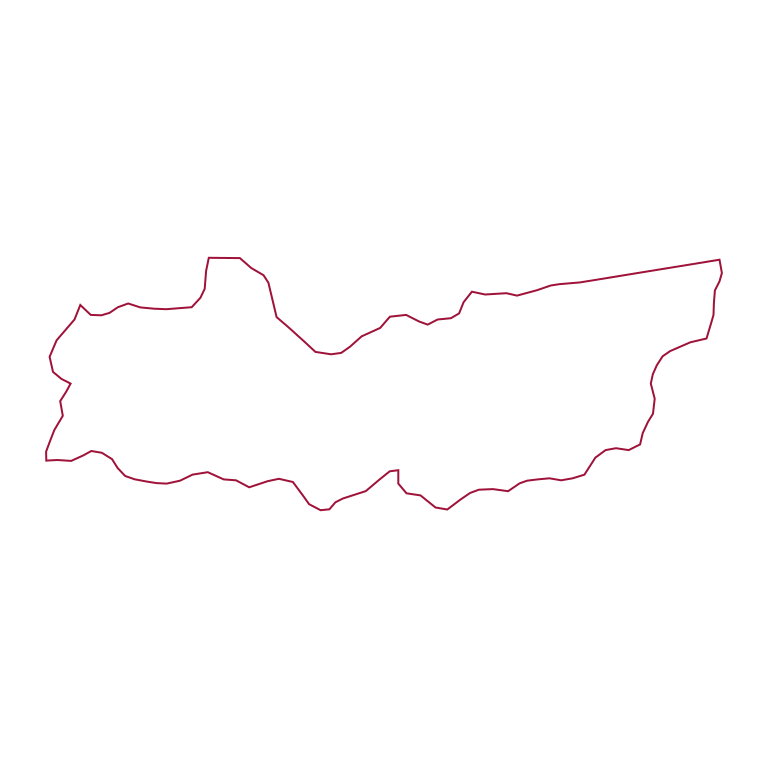 Dobrada, São Paulo, Brazil (orthographic projection)
{"feature_id": "56859067B78643306619002", "entity_name": "Dobrada", "entity_type": "district", "adm_level": 2, "iso_a3": "BRA", "parent_name": "Brazil", "parent_adm1": "São Paulo", "projection": "orthographic", "projection_center": [-48.364, -21.515], "detail": "fine", "context": "isolated", "style": "outline", "palette": "rose", "viewbox_px": 768, "rotation_deg": 0, "n_neighbors": 0, "source": "geoboundaries", "source_scale": "gbopen_adm2", "svg_char_len": 1644}
<svg xmlns="http://www.w3.org/2000/svg" viewBox="0 0 768 768"><path d="M580.1,282.4L559.1,284.2L550.7,285.5L536.7,290.3L517.0,295.6L506.4,293.2L485.1,294.5L471.9,291.7L463.6,302.2L459.1,313.4L450.9,318.2L437.6,319.5L427.7,324.6L419.1,321.5L406.1,314.9L389.9,316.7L380.2,327.9L361.7,336.3L349.9,346.8L341.2,352.9L331.1,354.3L315.4,351.9L304.0,341.3L287.7,326.6L276.6,317.1L268.4,282.7L263.5,275.2L251.2,268.0L239.9,258.1L208.8,257.8L206.1,271.0L204.7,288.8L200.4,297.8L191.7,307.2L166.3,309.2L154.0,308.7L140.3,307.4L128.2,303.5L117.9,307.2L109.5,312.9L101.3,315.3L90.7,314.9L80.3,305.0L74.5,319.5L56.6,340.3L49.6,356.8L53.0,371.9L61.4,378.9L70.6,383.6L66.2,391.7L60.2,401.1L62.8,415.8L54.4,429.9L50.5,439.8L46.1,451.6L46.3,460.6L57.2,460.0L71.2,460.9L83.3,455.4L91.3,451.0L101.9,452.8L112.0,459.1L117.7,468.1L125.2,476.0L134.7,479.3L147.0,481.6L156.6,483.1L166.7,483.6L180.0,480.7L192.6,474.6L207.8,472.2L223.7,479.4L236.0,480.3L249.2,487.3L267.6,481.2L278.9,478.8L292.9,482.0L303.5,496.3L309.1,504.2L320.6,510.2L329.4,509.3L335.4,502.3L342.9,498.5L365.8,491.1L379.3,479.7L389.7,471.3L398.3,470.2L398.3,483.6L406.5,493.3L420.5,495.4L435.5,507.5L447.3,509.5L460.4,499.6L470.0,493.0L478.9,489.7L492.9,489.1L508.1,491.2L519.5,483.4L527.0,480.7L537.6,479.4L549.4,478.3L561.2,480.3L572.6,478.3L584.4,474.7L595.4,457.6L605.6,450.1L616.0,448.2L628.7,450.1L640.1,444.4L642.7,433.2L648.0,421.8L653.0,413.7L654.7,398.7L650.8,383.6L652.8,374.3L656.8,365.3L662.6,356.3L670.1,351.1L690.3,342.3L706.5,338.5L710.4,325.6L713.5,315.0L713.9,303.1L714.9,290.4L719.5,281.4L721.9,273.0L719.5,259.7L580.1,282.4Z" fill="none" stroke="#9f1239" stroke-width="2"/></svg>